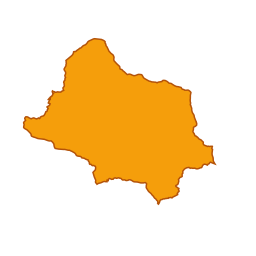 outline of Caldas, Antioquia, Colombia, rotated 302°
{"feature_id": "7082276B42449949359128", "entity_name": "Caldas", "entity_type": "district", "adm_level": 2, "iso_a3": "COL", "parent_name": "Colombia", "parent_adm1": "Antioquia", "projection": "natural_earth1", "projection_center": [-75.63, 6.049], "detail": "fine", "context": "isolated", "style": "filled", "palette": "amber", "viewbox_px": 256, "rotation_deg": 302, "n_neighbors": 0, "source": "geoboundaries", "source_scale": "gbopen_adm2", "svg_char_len": 5779}
<svg xmlns="http://www.w3.org/2000/svg" viewBox="0 0 256 256"><g transform="rotate(302 128 128)"><path d="M166.8,184.7L168.5,183.7L168.8,183.1L169.5,182.5L169.8,181.9L172.2,178.7L173.7,177.3L174.3,176.4L174.8,175.1L175.7,173.8L177.2,172.3L177.9,172.0L178.8,171.2L179.9,169.7L180.4,169.3L180.3,169.1L180.8,168.4L182.4,167.9L183.2,166.9L184.0,166.5L184.6,165.8L185.4,165.6L188.9,163.5L191.4,162.6L191.8,161.8L192.0,160.6L192.1,159.7L192.0,158.9L191.7,158.4L191.0,157.5L190.1,156.0L190.2,154.9L189.7,153.7L189.8,152.9L190.5,151.5L189.5,148.3L189.0,147.6L188.7,146.0L188.5,144.5L188.6,143.9L188.5,142.6L188.7,141.6L188.6,140.9L188.3,140.1L187.9,139.4L187.8,138.6L188.0,138.2L188.2,136.1L188.0,134.4L187.4,133.1L186.8,132.4L186.5,132.4L186.1,132.1L185.3,132.1L182.9,129.3L181.7,128.7L181.6,127.5L181.3,126.8L180.9,126.1L180.2,124.6L179.7,123.8L179.5,122.6L179.0,121.1L178.9,120.3L178.7,115.7L178.9,114.5L180.2,112.1L180.4,111.4L180.3,110.9L179.2,108.7L178.4,107.9L176.7,106.7L175.7,105.6L175.4,105.0L175.1,103.6L174.9,101.9L174.6,101.1L174.3,100.4L173.0,99.2L172.9,98.8L173.7,95.0L173.8,93.6L174.3,91.9L173.9,90.3L173.9,90.0L174.1,89.7L175.5,88.6L175.8,88.1L176.6,84.1L177.6,80.6L178.0,80.1L178.8,79.5L180.5,78.7L181.0,78.2L181.9,76.9L182.1,76.2L182.3,73.9L182.7,72.7L183.0,71.3L185.6,67.3L186.1,65.9L186.7,65.1L187.1,65.0L187.5,64.5L188.0,63.4L189.1,62.8L189.3,61.8L189.3,60.6L189.0,58.5L186.0,52.3L185.1,51.4L180.8,48.6L179.8,48.3L178.4,48.3L176.2,47.9L174.1,46.4L170.9,45.6L169.9,44.7L168.6,44.4L167.2,43.7L165.2,43.1L164.1,41.7L163.8,41.5L162.9,41.9L162.3,42.0L161.1,42.2L160.4,42.1L159.4,41.9L152.4,39.6L152.0,40.1L151.1,40.6L150.1,41.5L148.9,41.8L147.9,42.4L144.4,42.5L143.9,42.7L143.1,43.7L142.6,45.1L141.5,46.1L140.0,46.6L139.4,46.5L138.8,46.8L138.3,47.4L137.7,48.3L136.9,48.2L134.9,49.2L133.8,48.9L132.6,49.3L131.7,50.4L130.7,51.0L130.1,51.6L129.7,51.8L127.5,51.6L126.1,52.9L125.8,53.5L123.8,52.2L122.8,52.0L121.7,50.0L121.5,49.4L121.1,48.8L120.6,48.6L119.5,47.0L119.8,46.5L119.4,45.2L119.4,44.3L118.8,44.4L118.5,44.6L117.7,45.9L117.7,46.3L117.2,46.1L116.4,46.6L115.4,46.4L115.0,46.6L114.6,46.5L114.2,46.2L113.8,46.2L113.3,45.8L112.6,45.7L111.8,45.7L111.6,45.5L110.5,45.4L110.9,45.8L110.4,45.8L110.3,46.1L111.5,46.6L111.3,46.7L111.1,46.9L109.4,46.6L108.7,46.9L107.0,47.1L107.0,47.9L107.3,49.0L106.6,49.3L106.0,49.4L105.6,49.2L105.1,49.2L103.0,48.1L102.8,48.2L102.7,48.9L102.5,49.2L102.2,50.0L100.7,49.9L99.8,50.4L99.0,50.3L98.4,49.7L96.1,50.1L94.0,50.1L93.4,49.8L92.1,48.6L91.2,48.1L90.7,47.9L89.7,48.1L89.2,48.0L89.1,46.8L88.3,46.4L87.3,45.7L86.9,44.4L86.7,42.8L85.6,41.7L84.5,41.0L84.2,39.2L84.2,37.2L83.9,36.3L83.3,35.4L82.2,35.2L81.5,35.3L81.2,35.5L80.2,37.1L78.2,36.6L77.1,36.7L75.7,38.2L74.4,38.6L73.2,39.2L72.9,39.9L72.8,40.7L72.9,43.6L71.9,47.7L71.5,48.7L71.0,49.5L70.2,50.0L70.1,50.3L70.0,50.8L70.3,52.7L70.8,54.4L71.3,57.1L71.7,58.0L74.1,63.1L74.8,66.5L75.3,68.1L76.3,69.6L76.3,70.1L75.9,71.9L75.3,73.3L74.8,73.9L73.8,74.7L72.9,75.6L72.4,76.4L72.1,77.1L73.3,80.2L75.5,84.4L76.4,85.9L77.3,88.6L77.9,89.9L78.2,90.3L78.3,92.0L78.5,92.7L78.5,94.1L78.6,95.6L78.4,96.9L77.4,98.8L77.4,99.3L77.6,100.3L78.7,102.8L78.7,103.6L78.2,104.6L79.1,106.8L79.2,107.2L79.1,108.5L79.3,109.1L79.4,110.2L79.8,110.8L79.4,111.5L78.9,112.0L78.8,112.5L78.6,112.8L78.3,113.5L77.2,114.2L77.0,114.7L77.0,115.0L77.6,115.8L77.3,116.9L77.2,117.7L78.1,118.9L78.0,119.6L78.2,120.5L78.0,120.9L77.2,121.6L75.5,122.4L74.8,122.4L71.8,121.8L68.6,125.4L66.7,128.2L66.0,128.7L65.2,128.9L64.7,129.3L64.5,129.6L64.1,131.2L63.9,131.5L65.4,132.3L67.1,134.0L69.4,135.5L70.3,136.5L70.7,137.7L71.4,138.7L72.6,137.8L72.9,138.1L73.0,139.1L74.1,138.6L75.2,138.9L75.5,139.3L75.8,141.4L76.2,141.7L76.6,142.5L78.1,142.8L79.0,143.6L79.1,144.6L79.3,145.0L80.8,146.4L81.1,147.8L81.3,148.1L81.5,148.9L81.1,150.2L81.1,151.1L82.3,152.7L82.3,153.7L82.6,154.5L83.7,155.8L84.6,156.2L85.3,157.5L85.5,159.5L85.4,160.7L85.6,161.7L87.2,164.7L88.2,167.9L89.7,170.3L90.6,171.2L91.0,171.8L90.5,173.4L88.9,174.0L87.3,174.9L86.8,175.5L85.1,179.1L84.6,182.3L83.9,184.1L83.6,185.6L82.8,187.3L82.6,188.1L82.6,189.0L81.9,190.8L81.8,191.7L81.1,192.4L80.7,192.9L79.9,193.0L79.5,194.1L80.4,194.3L81.1,194.0L81.7,194.1L83.5,193.6L84.1,193.7L84.7,193.9L85.1,194.6L86.3,195.3L86.9,195.9L87.4,196.7L88.1,197.2L88.7,198.1L89.1,198.4L89.7,199.4L90.5,199.4L91.0,200.4L91.9,201.1L91.9,201.9L92.1,202.4L93.3,202.7L95.2,203.9L97.8,205.4L98.2,205.2L98.4,204.6L98.6,204.5L100.2,204.5L101.2,204.9L102.1,204.2L102.5,203.4L103.7,203.2L103.7,202.8L103.6,202.2L103.7,201.4L103.8,199.8L104.0,199.3L104.3,199.1L104.9,199.2L106.0,199.9L106.9,200.1L108.4,199.7L109.7,199.3L110.4,198.8L111.2,198.0L111.5,198.0L112.3,198.3L113.5,198.2L114.9,199.3L115.6,199.6L117.6,198.3L118.0,198.3L118.5,198.5L118.8,198.4L120.5,197.3L121.6,197.5L122.7,197.5L123.3,197.8L123.7,197.8L124.5,198.4L125.4,198.8L125.8,199.2L126.1,199.8L126.9,200.5L126.8,202.1L127.4,202.5L128.2,204.4L129.3,205.9L129.4,206.4L129.5,207.3L130.0,208.3L130.6,209.0L131.6,209.8L132.2,210.1L133.2,211.2L133.6,211.4L134.2,211.4L135.1,211.2L136.3,211.2L137.7,211.8L138.3,213.1L138.5,213.8L138.5,214.8L138.6,215.0L139.9,215.1L140.7,215.7L142.3,215.8L142.8,216.1L143.0,217.8L143.6,220.8L144.8,218.5L145.5,217.6L147.8,216.0L149.8,213.6L151.2,212.6L154.7,211.0L154.9,210.1L155.1,209.9L157.1,209.3L157.1,209.0L156.7,208.8L156.7,208.5L156.4,207.9L156.1,207.6L155.4,206.7L155.3,206.1L154.8,205.3L154.4,205.1L154.2,203.2L153.9,202.4L153.9,201.3L154.4,200.1L155.7,199.5L156.0,199.1L156.2,197.8L156.5,196.9L156.6,196.2L156.5,195.2L156.3,194.4L157.1,191.6L157.0,190.8L157.2,190.3L157.2,189.9L156.9,189.2L157.0,188.8L158.4,186.9L158.5,186.6L158.5,186.3L159.3,185.0L159.8,184.7L160.8,184.5L161.9,184.0L163.0,183.3L163.6,183.3L164.7,184.0L166.3,184.6L166.8,184.7Z" fill="#f59e0b" stroke="#b45309" stroke-width="1.5"/></g></svg>